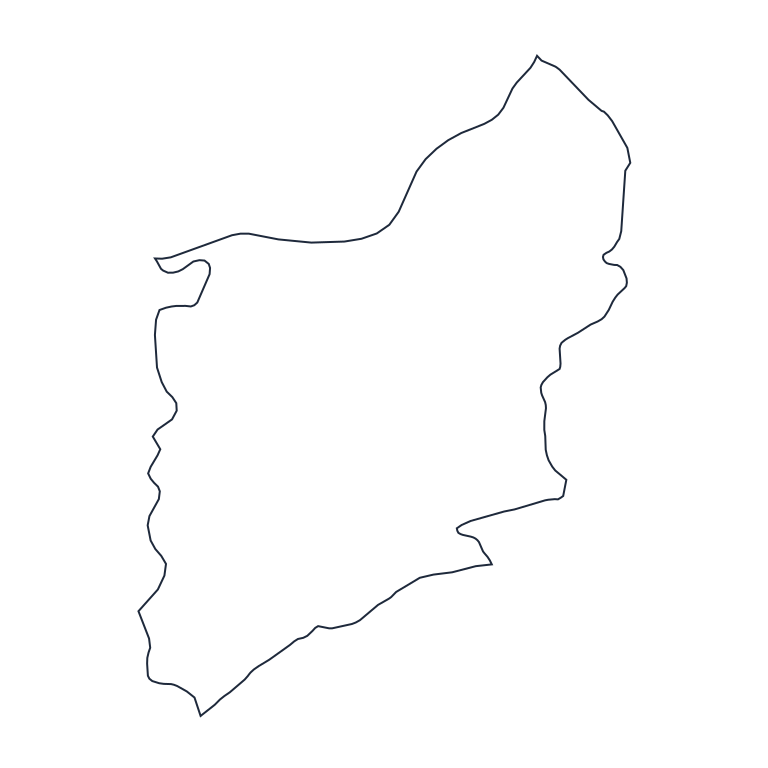 the border of Mukdahan, rotated 263°
{"feature_id": "THA-473", "entity_name": "Mukdahan", "entity_type": "Province", "adm_level": 1, "iso_a3": "THA", "parent_name": "Thailand", "parent_adm1": "", "projection": "robinson", "projection_center": [104.5, 16.543], "detail": "fine", "context": "isolated", "style": "outline", "palette": "slate", "viewbox_px": 768, "rotation_deg": 263, "n_neighbors": 0, "source": "natural_earth", "source_scale": "10m", "svg_char_len": 2812}
<svg xmlns="http://www.w3.org/2000/svg" viewBox="0 0 768 768"><g transform="rotate(263 384 384)"><path d="M536.5,172.0L535.4,179.0L535.7,187.8L550.2,251.3L550.7,259.8L549.7,268.1L540.4,296.8L533.2,329.1L530.2,362.1L530.9,379.4L534.3,395.2L541.4,408.7L553.2,419.6L590.9,442.2L602.1,452.7L611.1,464.8L618.2,477.5L623.7,491.3L630.0,515.3L633.1,523.2L637.4,530.2L643.6,536.2L661.6,547.5L667.0,552.5L680.0,567.9L685.3,572.3L691.1,575.9L685.8,579.8L678.2,592.7L677.4,593.7L674.6,596.6L641.1,621.6L628.6,633.2L627.5,635.5L623.4,638.8L617.1,642.5L588.7,654.3L573.5,655.4L566.3,649.5L506.8,638.1L499.3,635.2L496.6,632.7L492.2,629.3L489.7,626.6L488.0,623.7L487.1,620.8L485.5,617.7L483.4,616.8L480.9,617.0L478.7,618.2L476.9,619.7L475.8,621.9L474.1,627.1L473.7,629.9L471.5,632.9L467.9,635.4L459.2,637.6L454.9,637.4L451.6,636.3L449.9,634.5L444.3,626.8L441.6,624.1L437.8,621.0L430.1,616.1L424.0,611.0L421.8,607.9L420.0,603.7L417.8,596.3L411.1,582.5L407.2,572.3L405.8,569.3L403.3,565.3L400.6,563.5L397.7,562.6L382.7,561.7L379.5,561.0L377.5,560.1L373.0,550.3L370.8,547.0L366.5,542.0L363.9,540.1L361.5,539.1L356.1,539.0L353.5,539.5L346.4,541.7L343.4,542.0L340.2,541.8L327.6,538.6L318.9,537.5L312.7,537.7L299.0,536.5L293.4,537.0L288.2,538.1L281.5,540.9L277.3,543.4L266.7,553.3L251.0,548.2L249.6,545.6L248.3,542.6L248.9,539.5L249.1,532.9L248.9,529.7L243.6,498.3L242.8,487.7L237.5,453.3L234.6,443.9L231.9,438.7L229.4,438.9L227.2,439.7L225.7,441.7L224.6,443.9L221.9,451.6L220.8,454.0L219.4,456.0L217.6,457.7L215.5,459.0L205.7,461.9L203.7,463.1L199.8,465.7L195.9,467.6L191.8,469.0L192.0,452.9L188.8,428.7L188.8,409.9L187.3,395.9L176.1,370.7L171.6,365.1L170.4,362.9L165.5,351.2L152.5,331.3L150.7,326.9L149.7,322.9L147.8,302.6L148.2,299.7L151.7,289.1L150.3,286.0L147.7,283.0L143.4,277.2L141.9,272.9L141.4,267.5L139.5,263.5L136.5,258.9L124.3,236.5L119.3,225.3L116.5,220.0L113.9,216.4L112.3,214.7L110.8,213.3L107.6,209.7L96.8,193.4L93.8,187.6L90.8,182.7L86.3,177.0L76.9,161.5L95.9,157.7L102.9,150.8L109.5,141.8L111.1,138.8L112.1,136.1L113.2,128.9L114.4,124.4L117.4,117.8L120.1,115.2L123.2,114.1L135.3,114.8L141.0,115.7L146.2,117.6L150.7,119.8L160.0,119.8L188.4,112.6L207.6,134.5L220.6,142.7L232.0,145.7L240.5,142.0L248.1,136.9L257.1,133.3L272.5,132.2L281.5,135.1L297.2,146.5L304.8,148.4L309.6,147.2L314.0,143.7L318.4,140.9L324.0,139.0L330.2,142.3L340.9,150.6L346.5,154.0L360.0,148.1L366.4,153.7L374.7,169.3L382.8,175.0L390.3,175.5L396.8,172.3L402.9,167.4L413.0,163.6L428.0,160.7L460.6,162.6L475.6,165.6L484.8,170.2L486.3,177.0L486.8,182.6L486.8,187.4L485.7,196.6L484.5,201.7L485.3,205.3L487.6,208.6L514.3,224.3L520.4,225.5L524.5,224.7L528.4,220.9L529.4,215.9L528.8,209.7L522.5,198.3L520.8,193.5L520.2,188.1L520.8,183.1L523.5,178.6L525.5,176.7L533.5,173.5L536.3,172.1L536.5,172.0Z" fill="none" stroke="#1e293b" stroke-width="2"/></g></svg>